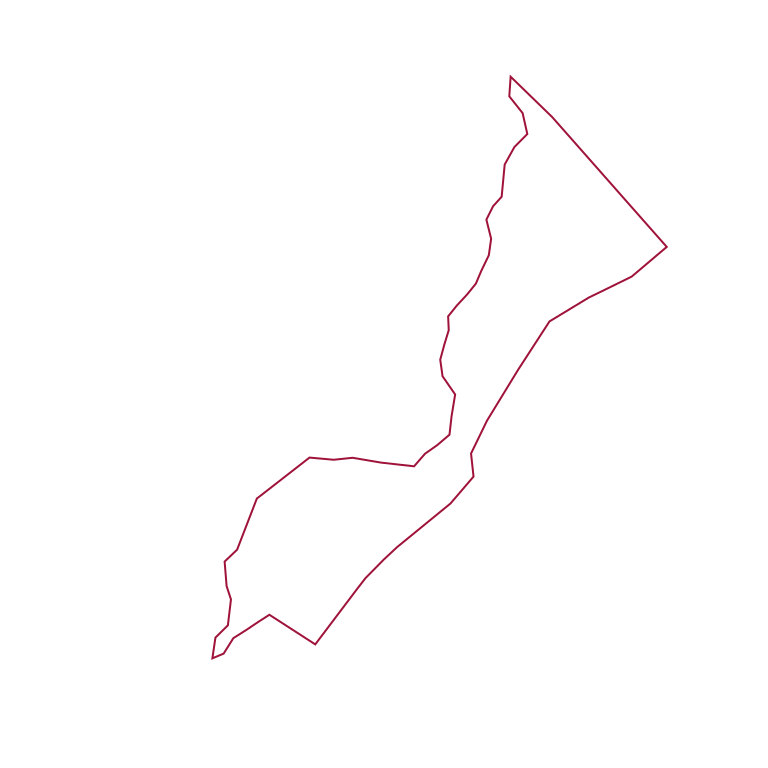 outline of Mathare, Nairobi, Kenya, rotated 321°
{"feature_id": "3690345B9508025131966", "entity_name": "Mathare", "entity_type": "district", "adm_level": 2, "iso_a3": "KEN", "parent_name": "Kenya", "parent_adm1": "Nairobi", "projection": "natural_earth1", "projection_center": [36.859, -1.256], "detail": "fine", "context": "isolated", "style": "outline", "palette": "rose", "viewbox_px": 768, "rotation_deg": 321, "n_neighbors": 0, "source": "geoboundaries", "source_scale": "gbopen_adm2", "svg_char_len": 883}
<svg xmlns="http://www.w3.org/2000/svg" viewBox="0 0 768 768"><g transform="rotate(321 384 384)"><path d="M675.8,224.9L662.4,239.3L662.2,260.7L652.7,279.9L634.5,281.9L615.9,289.4L593.3,312.5L580.6,314.5L567.0,320.7L558.7,338.5L546.5,349.9L530.8,357.3L518.6,363.8L505.1,366.7L489.7,368.9L476.4,371.8L468.2,382.9L455.9,391.2L443.0,400.5L434.4,414.8L432.7,436.9L416.2,451.6L403.0,464.6L387.1,465.0L372.0,464.0L355.6,466.9L332.3,443.3L313.2,421.6L297.2,411.2L279.8,394.3L213.1,393.0L165.6,420.3L148.4,421.7L134.5,442.0L129.5,455.1L110.8,473.3L93.4,475.0L78.0,489.2L89.7,492.6L107.0,486.7L122.4,488.5L136.9,489.8L149.7,491.2L166.7,543.1L234.3,526.3L247.5,523.2L273.3,520.3L291.7,519.0L360.5,518.7L395.3,512.3L407.9,492.8L441.0,477.3L497.3,457.3L552.0,439.5L597.5,445.7L619.1,450.7L644.1,456.4L690.0,455.4L682.7,282.5L675.8,224.9Z" fill="none" stroke="#9f1239" stroke-width="2"/></g></svg>